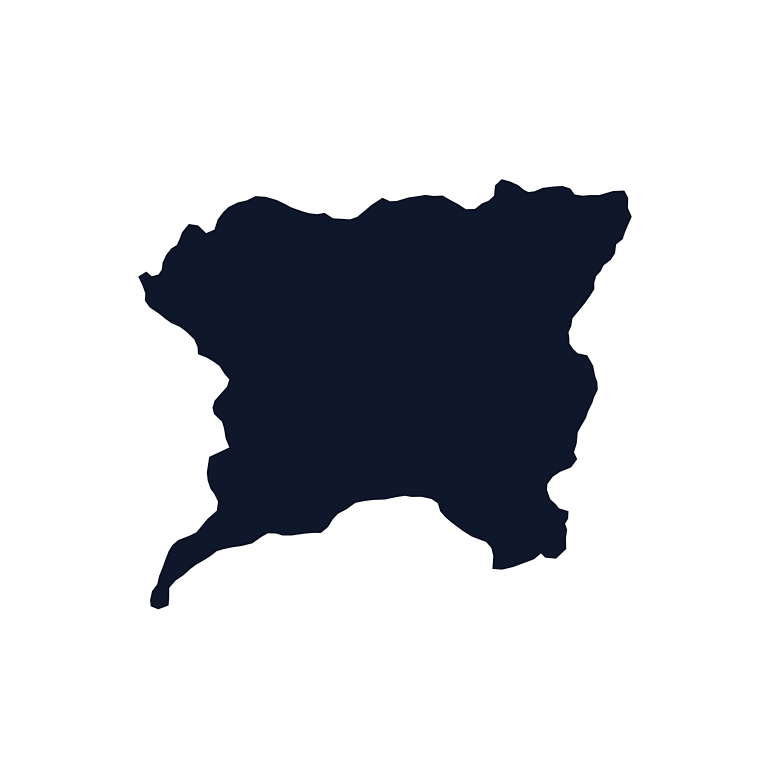 outline of Tabapuã, São Paulo, Brazil, rotated 73°
{"feature_id": "56859067B57595974254301", "entity_name": "Tabapuã", "entity_type": "district", "adm_level": 2, "iso_a3": "BRA", "parent_name": "Brazil", "parent_adm1": "São Paulo", "projection": "natural_earth1", "projection_center": [-49.021, -20.938], "detail": "fine", "context": "isolated", "style": "filled", "palette": "ink", "viewbox_px": 768, "rotation_deg": 73, "n_neighbors": 0, "source": "geoboundaries", "source_scale": "gbopen_adm2", "svg_char_len": 2843}
<svg xmlns="http://www.w3.org/2000/svg" viewBox="0 0 768 768"><g transform="rotate(73 384 384)"><path d="M517.7,229.8L512.0,222.0L504.7,223.1L496.9,217.8L491.6,215.6L486.4,213.5L482.0,209.0L475.0,201.4L469.4,197.5L462.5,190.9L457.7,187.6L451.5,181.9L444.5,180.2L438.4,180.5L427.7,179.4L416.5,181.9L411.7,190.5L406.0,193.6L399.5,195.7L394.2,194.1L388.1,193.2L383.1,188.7L375.7,185.1L370.5,177.1L365.0,168.9L359.8,162.2L354.4,155.8L348.2,154.0L342.3,150.1L338.9,144.3L334.1,139.8L330.9,131.2L326.1,125.5L317.7,121.7L314.7,113.9L309.7,110.4L304.0,105.7L296.2,99.0L287.0,100.1L277.3,96.8L269.9,98.3L267.2,108.6L267.0,123.1L264.2,132.3L262.7,139.4L259.0,147.0L252.0,149.3L247.5,155.8L245.5,164.2L243.6,174.9L244.5,183.8L243.4,190.2L239.2,194.5L233.8,197.9L228.1,204.3L223.4,211.7L227.2,219.2L236.7,223.1L240.1,230.3L240.7,237.3L244.0,245.7L241.5,255.0L234.2,261.1L227.9,267.4L221.6,273.3L219.4,281.9L216.1,289.1L214.8,298.2L213.5,306.1L213.5,318.4L211.7,325.3L206.3,331.2L210.0,343.9L213.2,351.0L217.1,360.6L217.4,368.5L214.6,375.8L211.4,384.7L203.7,391.2L202.8,398.5L199.5,406.1L195.6,412.0L191.7,417.4L187.9,422.3L183.4,426.7L177.3,433.3L171.2,442.6L167.5,452.1L169.1,461.6L168.4,470.6L170.0,480.6L173.3,487.2L178.6,494.4L187.6,500.7L188.5,510.5L178.6,515.9L174.8,523.8L180.4,532.2L185.7,536.2L191.2,541.1L192.9,547.5L197.3,553.9L203.6,559.6L210.0,562.3L214.1,567.3L213.9,575.0L207.9,578.8L210.0,586.8L218.6,585.4L227.8,585.0L234.5,587.5L241.9,585.0L249.7,578.6L257.9,573.0L263.4,568.7L268.8,562.3L275.3,557.4L285.5,551.7L294.5,550.7L300.8,552.4L306.1,545.6L311.5,540.6L318.3,535.4L327.3,532.9L334.5,529.7L341.2,534.3L350.9,550.3L356.8,554.2L362.8,554.6L372.4,549.2L379.2,549.2L390.0,550.6L400.1,549.6L403.3,572.0L411.5,575.9L417.1,578.6L425.2,580.1L433.8,579.7L439.2,577.7L448.1,576.3L456.9,580.4L462.0,591.8L471.7,606.4L472.9,613.9L473.8,626.1L476.9,633.2L481.4,638.2L488.7,644.0L496.2,649.6L502.2,654.5L509.7,658.8L514.8,665.8L522.6,670.2L528.1,671.2L532.7,665.5L532.1,655.3L525.5,652.7L515.6,649.6L510.2,640.8L507.6,632.2L503.4,623.2L501.1,616.6L499.0,607.4L496.9,600.0L494.2,592.9L494.2,586.1L495.0,576.8L496.5,567.7L497.1,556.7L493.6,546.0L492.0,538.7L494.8,530.4L498.4,525.2L501.1,516.6L503.0,504.3L505.1,494.4L507.2,487.9L503.7,479.7L497.8,473.0L493.9,466.3L492.0,456.4L488.5,446.2L489.4,436.9L491.0,427.9L493.9,417.0L495.1,404.3L496.3,396.4L499.3,390.5L502.0,381.2L507.2,371.7L513.6,366.6L521.9,366.7L528.5,363.8L534.7,360.0L540.2,356.0L546.5,351.4L554.5,344.6L558.7,339.4L564.4,331.9L572.1,328.5L580.5,329.0L592.1,333.4L595.3,325.1L596.0,313.8L595.4,304.0L594.7,291.9L590.9,283.0L596.6,280.1L600.5,270.6L594.5,258.6L584.1,255.7L576.6,252.2L570.3,252.5L566.1,247.9L559.9,245.7L554.5,253.6L549.4,255.7L542.9,259.5L532.7,259.9L526.8,257.5L521.3,250.0L518.7,241.2L517.7,229.8Z" fill="#0f172a" stroke="#020617" stroke-width="1.5"/></g></svg>